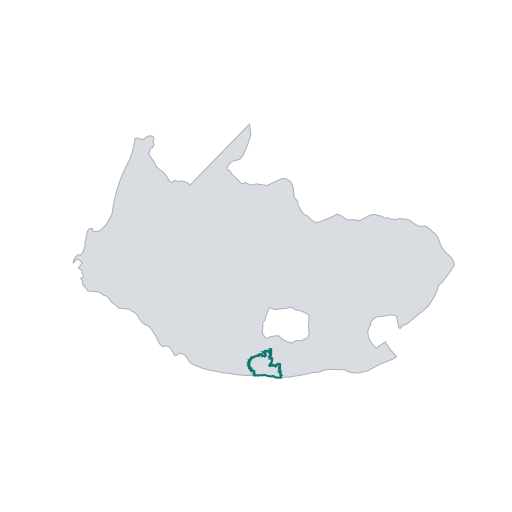 O.R.Tambo, Eastern Cape, South Africa shown in context, rotated 49°
{"feature_id": "47623444B2401151093158", "entity_name": "O.R.Tambo", "entity_type": "district", "adm_level": 2, "iso_a3": "ZAF", "parent_name": "South Africa", "parent_adm1": "Eastern Cape", "projection": "albers", "projection_center": [29.004, -31.416], "detail": "fine", "context": "in_parent", "style": "outline", "palette": "teal", "viewbox_px": 512, "rotation_deg": 49, "n_neighbors": 0, "source": "geoboundaries", "source_scale": "gbopen_adm2", "svg_char_len": 9202}
<svg xmlns="http://www.w3.org/2000/svg" viewBox="0 0 512 512"><g transform="rotate(49 256 256)"><path d="M346.3,107.7L357.9,106.2L363.1,107.1L369.4,109.6L375.2,110.5L385.1,109.8L388.5,110.2L391.2,111.2L393.2,112.5L395.8,122.3L398.0,132.8L397.9,136.2L398.2,137.5L400.9,141.9L401.8,144.7L403.4,147.0L406.7,158.3L407.0,160.2L406.3,187.3L404.8,190.5L405.3,194.8L403.7,195.3L394.2,189.6L392.5,189.8L389.8,191.8L387.3,194.9L386.1,197.6L381.1,204.8L380.7,209.5L381.1,213.4L382.6,213.6L383.7,216.5L386.2,221.1L390.6,224.1L394.6,225.5L400.2,226.0L404.7,226.0L404.5,222.9L405.7,214.7L413.2,216.0L424.2,216.0L423.3,221.3L418.9,233.4L415.9,247.1L412.5,253.9L410.5,256.7L405.1,261.6L402.3,263.2L400.0,263.7L390.8,273.8L387.3,278.6L384.2,285.8L381.2,289.7L376.8,298.0L369.1,310.4L362.7,318.5L359.9,320.8L358.0,321.9L353.0,326.6L346.0,334.2L340.6,341.0L332.7,348.7L328.1,352.1L321.3,358.8L319.4,359.8L311.7,366.0L306.2,369.8L297.3,374.3L293.8,375.6L285.3,374.7L281.7,375.4L278.8,378.1L278.7,381.9L277.5,382.5L269.6,381.0L266.4,381.4L264.6,383.5L263.2,386.0L258.7,386.4L250.7,384.1L241.3,382.9L239.1,382.8L234.7,385.0L233.1,385.4L226.5,385.3L222.8,384.3L219.3,384.5L216.7,385.7L213.4,386.2L205.1,393.8L200.6,394.1L196.8,395.2L189.8,394.7L187.8,395.3L185.8,396.7L181.2,397.6L179.4,398.8L172.0,405.8L168.7,405.4L164.6,405.7L159.7,402.7L157.9,403.1L158.3,402.0L158.3,400.2L156.5,398.5L154.7,398.7L153.6,397.3L150.8,397.4L148.5,398.1L147.5,392.2L146.4,391.7L143.5,391.9L142.2,392.2L141.6,392.8L141.0,394.2L141.4,398.4L140.3,397.3L138.9,394.9L138.3,392.3L138.4,389.1L140.4,387.7L139.4,383.9L135.5,377.4L133.3,376.1L131.4,372.8L129.7,371.6L128.7,369.3L127.0,367.5L126.1,364.4L126.8,362.6L128.1,361.4L129.6,362.8L131.3,362.1L133.5,359.6L134.6,356.0L134.2,350.6L133.5,347.2L130.7,338.6L129.5,336.7L124.5,330.9L118.5,323.0L110.5,310.4L106.5,302.8L99.9,287.2L94.7,278.6L88.5,270.7L87.8,270.2L88.4,269.1L91.0,266.8L92.3,266.2L93.0,266.3L93.6,265.7L94.1,264.3L94.2,261.3L95.2,258.0L96.2,256.5L98.6,255.3L100.7,256.3L101.6,257.4L102.1,258.9L103.0,259.5L104.3,259.3L105.4,260.2L106.1,262.0L106.2,263.4L105.5,264.4L105.7,265.5L106.9,266.8L108.3,269.9L113.5,270.9L116.4,270.8L119.2,271.4L121.9,272.5L126.2,272.4L132.0,271.1L136.9,271.0L140.8,272.0L143.5,272.0L145.2,271.0L145.8,269.7L145.4,268.1L146.2,267.0L148.1,266.4L149.5,265.0L150.5,262.9L153.0,261.1L157.1,259.4L159.2,259.3L152.2,174.5L160.4,179.7L162.4,182.3L166.8,189.9L171.4,199.4L172.4,204.1L172.3,205.1L168.9,211.9L169.0,215.1L169.7,218.7L170.7,220.5L171.9,221.1L174.6,219.9L178.8,220.6L186.7,219.6L190.7,219.8L191.7,219.5L192.5,218.6L193.4,216.3L194.3,215.5L198.0,214.3L199.5,212.9L201.9,208.3L209.5,201.9L210.3,200.5L214.5,186.0L215.9,183.9L218.1,182.4L222.4,181.2L225.0,181.6L227.9,182.7L231.1,184.6L236.0,188.2L237.6,188.7L242.3,188.7L245.3,191.1L254.2,192.5L256.7,192.3L259.4,190.8L263.9,190.7L268.7,189.6L271.6,187.0L276.8,171.3L277.3,167.9L277.9,166.9L282.5,165.0L288.1,163.6L289.3,162.8L292.7,158.4L297.3,154.8L300.3,142.3L302.4,139.4L303.6,138.1L304.5,138.1L305.7,137.3L307.2,135.8L309.0,134.8L311.2,134.4L312.5,133.4L313.1,131.7L314.2,130.9L315.8,130.9L316.7,130.4L316.9,129.3L320.4,126.6L320.5,125.5L322.4,122.9L326.4,118.8L330.1,116.4L333.6,115.9L340.0,113.8L342.3,111.8L343.8,109.1L346.3,107.7ZM336.1,290.7L341.5,288.6L345.4,285.8L346.3,280.8L349.4,277.6L350.5,274.8L351.4,270.8L349.6,266.6L347.1,265.3L342.5,261.7L340.5,259.3L337.8,257.2L335.8,254.8L332.7,255.6L327.8,257.6L324.8,259.5L322.3,261.6L317.7,263.2L313.6,270.2L312.2,271.7L309.0,276.8L304.2,279.4L304.1,280.2L305.8,284.3L308.1,288.3L310.4,291.6L310.4,293.7L311.2,295.3L313.2,296.4L316.8,300.5L318.5,301.8L323.8,302.7L324.6,302.4L326.0,300.0L326.2,298.2L329.7,292.8L331.3,291.2L336.1,290.7Z" fill="#d9dde1" stroke="#a8b0b8" stroke-width="1"/><path d="M336.3,305.7L336.0,305.8L335.6,306.4L336.0,306.4L336.1,306.5L335.9,306.7L336.4,307.2L336.1,307.4L336.5,308.2L336.5,308.9L336.7,309.2L336.3,309.1L335.1,309.3L335.0,309.8L335.3,310.2L335.0,310.8L334.5,310.8L334.5,311.2L334.7,311.3L334.0,312.1L334.3,312.2L333.6,312.1L333.4,311.7L333.3,311.9L333.4,312.3L333.9,312.6L333.8,312.9L333.9,313.0L334.0,313.3L333.8,313.5L334.2,313.4L334.3,313.0L334.7,312.9L334.7,313.4L335.1,313.4L335.0,313.2L335.4,313.4L335.5,313.0L335.7,313.3L336.0,313.2L336.2,313.4L336.4,313.2L336.6,313.4L336.6,313.6L337.4,313.7L337.5,313.9L337.4,314.0L337.0,314.1L336.8,314.8L337.3,314.8L337.2,315.1L337.4,315.5L337.1,315.6L336.9,315.2L336.6,315.5L336.5,315.8L336.0,316.1L335.9,316.4L335.7,316.5L335.2,316.3L335.2,316.5L334.9,316.4L334.6,316.3L334.7,316.5L334.5,316.4L334.3,316.6L334.2,316.6L333.8,316.6L333.8,316.8L333.5,316.8L333.2,317.3L333.0,317.2L332.9,317.5L332.9,317.9L332.6,318.0L333.0,318.5L333.5,318.5L333.5,319.0L333.2,319.6L332.9,319.8L332.8,320.0L332.4,319.9L332.5,320.2L332.2,320.3L332.1,320.7L331.7,320.9L331.6,321.8L331.4,322.1L331.1,322.1L330.9,322.6L331.1,323.1L331.0,323.5L331.2,323.9L330.9,324.4L330.7,324.3L330.0,324.7L329.8,325.5L330.1,325.7L329.9,325.8L329.9,326.1L329.7,326.1L330.0,326.2L330.0,326.4L329.8,326.4L329.9,326.6L329.7,326.7L329.9,327.0L330.2,327.1L330.2,327.4L330.5,327.6L330.3,327.9L330.5,328.0L330.8,328.3L330.4,328.5L330.6,328.7L330.6,329.1L330.1,329.3L330.4,329.7L330.7,329.8L330.4,330.0L330.7,330.1L330.9,330.6L331.0,330.4L331.3,330.4L331.2,330.8L331.3,330.9L331.6,330.7L332.0,331.0L331.8,331.4L332.2,331.2L332.2,331.6L332.5,331.8L332.5,332.3L332.8,332.4L333.1,332.1L333.2,332.3L333.1,332.6L333.9,332.6L333.8,333.1L333.2,333.1L332.9,333.5L333.1,333.6L333.4,333.5L334.1,333.5L334.2,333.4L334.0,333.2L334.5,333.9L334.1,333.7L334.0,333.9L334.1,334.0L334.5,334.0L334.8,333.7L335.4,334.2L335.4,333.9L335.2,333.5L335.3,333.4L335.8,333.8L335.8,334.0L335.6,334.0L336.0,334.0L336.1,334.3L335.7,334.2L335.6,334.5L336.5,334.7L337.1,334.1L336.8,334.1L336.7,334.0L337.1,333.7L336.8,333.7L336.8,333.4L337.2,333.2L337.5,333.2L337.4,333.8L337.6,333.7L337.7,333.9L337.5,334.1L337.8,334.3L338.2,334.4L338.5,334.6L338.5,335.0L339.2,335.2L339.3,335.2L339.6,334.6L339.3,334.4L339.7,334.5L339.6,334.2L339.9,334.3L340.0,334.2L340.1,334.4L340.1,334.1L340.3,334.2L340.1,334.1L340.2,333.8L340.5,333.8L340.5,333.6L340.8,333.2L341.1,333.4L341.3,333.1L341.8,333.0L342.0,332.9L342.6,333.3L342.9,333.9L343.1,333.8L343.8,334.5L344.0,334.5L344.3,335.0L344.2,335.1L344.8,335.0L344.8,335.3L345.1,335.2L345.3,335.5L345.7,335.0L345.7,334.9L346.0,334.6L346.2,334.1L346.5,333.9L346.5,333.7L347.1,333.0L347.7,332.9L347.7,332.6L348.2,331.9L348.3,331.7L348.6,331.4L348.7,331.0L349.8,329.8L350.3,329.6L350.3,329.4L350.5,329.1L350.5,328.6L351.4,328.0L351.4,327.6L351.9,327.1L352.6,326.7L353.2,326.5L353.5,326.2L354.2,325.9L354.4,325.7L355.3,325.0L355.9,324.6L356.1,324.1L356.8,323.7L357.1,323.2L357.8,322.5L357.7,322.2L358.0,322.1L358.0,321.8L358.6,321.5L358.7,321.3L360.0,321.3L360.5,321.0L360.8,320.5L361.4,320.1L361.4,319.9L362.5,319.0L362.7,318.6L363.2,318.2L363.6,317.8L363.5,317.7L364.2,317.0L364.3,316.8L364.1,316.6L363.7,316.4L363.4,316.2L362.8,315.9L362.6,315.9L362.3,315.6L362.4,315.3L362.2,315.4L362.2,315.2L361.6,315.1L361.6,314.9L361.5,315.2L361.2,315.0L361.1,314.8L360.7,314.8L360.8,314.7L360.6,314.6L360.6,314.4L360.1,314.4L360.3,314.3L360.3,314.1L360.0,314.1L359.9,314.0L359.7,314.1L359.5,314.3L359.3,313.7L359.2,313.9L359.0,314.0L358.9,313.8L358.6,313.8L358.8,314.0L358.7,314.1L358.3,314.0L358.3,313.8L358.1,314.0L358.1,313.6L357.9,313.0L357.4,312.7L357.4,312.9L357.2,313.0L357.0,312.4L355.9,312.4L355.8,312.0L355.1,311.8L355.3,311.4L355.1,311.4L354.9,310.8L355.6,310.7L355.0,310.1L354.6,309.9L354.5,309.7L354.2,309.6L354.1,309.4L354.0,309.5L353.8,309.4L354.0,309.3L353.6,309.4L353.3,309.1L353.2,309.3L353.1,309.2L352.9,308.9L352.5,309.3L352.7,309.8L352.6,310.0L352.2,310.2L352.1,310.5L351.7,310.7L351.8,310.9L351.5,311.0L351.7,311.4L352.0,311.4L351.9,311.9L352.1,312.1L351.4,312.9L351.6,312.9L351.6,312.7L352.2,312.8L352.2,313.4L351.9,313.2L351.7,313.3L351.7,313.1L351.3,313.5L351.0,313.5L350.8,313.9L350.5,313.9L350.5,314.1L350.9,314.2L350.9,314.3L350.5,314.5L350.3,314.8L350.0,314.6L349.9,314.6L349.7,315.1L349.4,315.2L349.2,315.2L349.0,315.6L349.1,316.0L348.8,316.0L348.5,315.4L348.4,315.5L348.3,315.8L348.5,316.1L348.5,316.4L347.9,317.5L348.1,317.6L348.0,317.9L347.5,317.8L347.3,317.3L347.2,317.1L346.8,316.9L346.8,316.2L347.0,316.2L347.0,315.8L347.3,316.0L347.5,315.3L347.2,315.7L347.2,315.4L347.5,315.2L347.6,314.9L347.4,314.8L346.8,314.8L346.2,314.5L346.3,314.2L346.1,313.1L345.9,312.9L345.5,312.8L345.4,312.5L344.9,312.2L344.7,311.9L344.8,311.8L344.4,311.4L344.3,311.1L343.8,311.0L343.7,311.1L343.8,311.4L343.5,311.4L343.4,311.6L343.1,311.5L343.1,312.2L342.7,312.4L342.6,312.6L342.7,312.3L342.4,311.9L342.1,312.2L342.3,312.3L342.2,312.6L342.0,312.2L341.9,312.2L341.7,312.3L341.9,312.5L341.6,312.7L340.9,312.2L340.5,312.2L340.7,311.9L341.0,312.1L340.9,311.7L341.2,311.8L340.9,311.2L341.0,311.0L340.9,310.7L340.7,310.7L340.5,310.2L340.8,310.2L340.8,309.8L340.2,309.6L340.1,310.1L339.9,309.9L339.7,309.9L339.9,309.2L339.7,309.1L339.7,308.9L339.3,308.7L339.5,308.4L339.3,308.2L338.9,308.2L338.7,308.4L338.6,307.8L338.5,307.7L338.3,307.9L338.2,307.6L338.1,307.3L337.3,307.0L337.1,307.1L337.2,306.7L336.8,306.7L336.5,306.4L336.5,306.2L336.5,305.8L336.3,305.7Z" fill="none" stroke="#0f766e" stroke-width="2"/></g></svg>